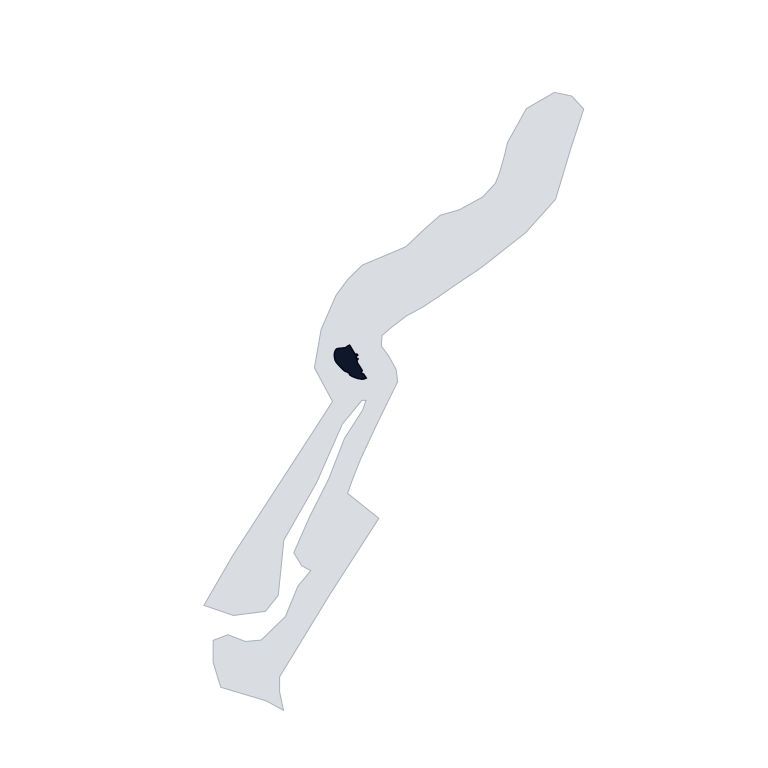 Niamina Dankunku, Central River, Gambia shown in context, rotated 302°
{"feature_id": "56634734B21442074713298", "entity_name": "Niamina Dankunku", "entity_type": "district", "adm_level": 2, "iso_a3": "GMB", "parent_name": "Gambia", "parent_adm1": "Central River", "projection": "orthographic", "projection_center": [-15.324, 13.604], "detail": "fine", "context": "in_parent", "style": "filled", "palette": "ink", "viewbox_px": 768, "rotation_deg": 302, "n_neighbors": 0, "source": "geoboundaries", "source_scale": "gbopen_adm2", "svg_char_len": 2120}
<svg xmlns="http://www.w3.org/2000/svg" viewBox="0 0 768 768"><g transform="rotate(302 384 384)"><path d="M100.8,348.6L158.9,346.6L229.2,347.8L305.8,349.1L341.9,349.6L360.9,316.4L396.9,301.8L433.8,296.3L453.0,297.8L473.3,302.6L512.2,329.9L536.5,336.1L557.0,342.3L571.6,355.5L594.9,368.6L613.3,372.1L624.2,370.1L642.2,364.9L654.1,360.8L693.0,358.8L721.6,374.0L727.7,390.6L723.0,407.7L684.7,417.1L631.6,431.6L587.6,424.0L534.0,404.7L502.7,390.7L489.7,385.2L470.1,376.3L453.1,366.7L436.6,360.5L424.1,356.6L414.8,361.6L410.1,373.4L402.7,386.6L393.1,394.4L348.3,399.0L308.0,403.9L286.4,407.9L272.0,411.0L267.3,450.8L221.7,450.2L176.9,449.6L130.4,450.1L80.4,450.6L67.6,458.6L54.0,471.7L52.8,451.8L40.3,406.3L57.5,386.5L76.1,375.0L88.6,384.4L92.2,402.9L101.8,415.6L134.6,423.6L167.1,418.1L186.9,420.8L186.3,410.5L193.1,396.9L232.6,391.2L274.3,387.4L317.1,379.3L350.7,379.7L360.7,377.4L358.3,373.9L328.2,369.9L263.9,379.2L198.5,381.8L148.8,406.3L128.4,403.9L108.0,379.1L100.8,348.6Z" fill="#d9dde1" stroke="#a8b0b8" stroke-width="1"/><path d="M379.7,365.8L381.6,361.5L381.7,361.3L381.4,360.9L381.2,359.6L381.8,358.8L384.0,358.3L384.0,358.2L384.8,356.6L385.1,356.0L385.6,355.2L385.7,354.9L386.3,353.5L386.8,352.6L387.7,350.5L389.9,348.3L390.8,348.8L391.0,348.8L391.6,348.7L391.5,347.8L391.2,347.0L392.9,345.7L393.8,346.3L394.7,346.4L394.8,345.9L395.0,345.3L394.9,344.8L394.4,344.3L394.0,344.0L393.9,343.9L393.9,343.7L398.1,335.6L398.8,334.2L398.8,334.3L398.8,334.2L397.3,333.3L396.6,332.9L395.1,332.4L394.4,332.0L394.1,331.8L393.4,330.8L391.2,328.1L390.9,327.5L389.1,325.5L388.3,325.1L387.7,325.0L386.8,325.0L385.9,325.1L384.7,325.4L383.5,325.8L382.7,326.2L382.1,326.6L381.2,327.2L380.3,327.9L379.9,328.3L378.7,329.5L378.2,330.0L377.6,331.0L377.1,332.0L376.0,335.4L374.5,341.4L374.3,342.5L374.2,343.9L374.2,344.6L374.5,344.8L374.7,349.5L374.0,349.5L373.6,349.9L373.6,351.4L373.5,352.1L373.6,353.0L373.8,354.2L374.0,355.5L374.3,356.9L374.6,357.8L374.7,358.5L374.8,359.0L375.3,360.0L376.0,361.7L376.2,362.5L376.7,363.2L377.1,363.8L377.7,364.4L378.5,365.0L379.7,365.8Z" fill="#0f172a" stroke="#020617" stroke-width="1.5"/></g></svg>